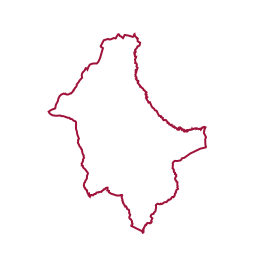 the district of Maswa, Simiyu, United Republic of Tanzania, rotated 27°
{"feature_id": "72390352B27931879401730", "entity_name": "Maswa", "entity_type": "district", "adm_level": 2, "iso_a3": "TZA", "parent_name": "United Republic of Tanzania", "parent_adm1": "Simiyu", "projection": "albers", "projection_center": [33.824, -3.202], "detail": "fine", "context": "isolated", "style": "outline", "palette": "rose", "viewbox_px": 256, "rotation_deg": 27, "n_neighbors": 0, "source": "geoboundaries", "source_scale": "gbopen_adm2", "svg_char_len": 5878}
<svg xmlns="http://www.w3.org/2000/svg" viewBox="0 0 256 256"><g transform="rotate(27 128 128)"><path d="M49.9,149.5L51.5,150.5L53.4,150.9L55.2,150.9L58.5,149.7L62.2,147.5L63.2,147.7L65.2,146.7L67.8,146.5L68.8,146.2L69.3,146.4L71.2,145.5L72.5,146.1L73.7,145.6L74.4,145.6L76.2,146.2L77.7,145.9L78.8,146.2L79.2,146.6L82.0,152.3L83.9,154.2L85.8,156.8L89.2,159.9L88.9,161.1L89.9,163.0L90.0,163.8L90.5,164.3L91.8,165.0L92.9,166.2L94.5,166.8L95.0,167.3L95.7,167.5L96.0,168.0L96.7,168.2L99.3,171.6L101.0,172.5L101.2,173.4L102.3,174.3L102.2,176.4L102.9,177.9L103.0,179.9L102.8,180.6L103.3,181.1L103.8,182.4L104.9,182.2L105.7,183.3L106.1,183.6L108.7,184.3L112.7,186.3L113.1,187.4L113.1,189.0L114.3,191.7L114.0,194.8L114.3,195.5L114.0,197.0L114.7,199.2L116.2,200.8L116.8,200.8L117.5,201.7L119.0,201.8L119.3,202.3L120.0,202.4L120.2,203.1L121.9,204.6L122.5,204.6L123.0,204.1L123.4,204.8L123.2,205.6L123.6,206.0L125.2,206.5L125.1,206.1L125.4,205.9L125.0,204.7L126.1,204.1L127.4,203.9L127.6,202.7L128.1,202.4L128.3,201.9L129.1,201.5L129.2,199.9L130.5,198.9L130.9,198.9L131.3,198.2L133.3,196.9L133.3,196.1L134.2,194.5L134.3,193.6L135.1,193.2L135.4,191.6L136.6,190.5L136.9,190.4L137.1,190.7L137.9,193.1L139.6,192.7L140.1,193.9L142.7,194.2L148.9,193.2L151.5,191.7L151.9,191.1L153.0,190.4L153.4,190.6L153.7,192.6L155.0,193.6L155.6,194.7L155.9,194.8L155.9,195.3L156.7,195.8L157.0,196.4L157.5,196.5L157.8,197.2L159.4,197.9L160.3,198.8L161.2,198.7L161.3,199.1L161.8,198.8L162.2,198.9L162.3,199.2L163.3,199.7L163.7,200.3L164.2,200.5L166.1,200.6L167.4,202.4L167.6,203.3L169.4,204.3L169.6,206.9L170.0,207.4L170.9,208.1L171.8,208.0L173.9,209.3L174.7,210.8L175.6,211.3L175.7,212.8L175.7,213.2L175.2,213.4L175.3,213.7L186.8,213.6L187.5,213.7L188.7,214.6L189.1,214.0L188.9,213.3L188.2,212.3L188.2,211.8L187.4,211.5L187.6,210.0L187.5,207.2L188.1,206.4L187.7,206.1L188.4,204.8L188.3,203.9L189.1,203.6L190.1,202.9L190.9,203.0L191.5,202.2L191.7,200.9L191.1,200.8L190.8,200.2L190.7,197.4L188.8,196.8L188.4,196.6L188.2,196.1L188.1,194.9L188.6,193.8L189.8,192.8L189.5,191.5L190.1,190.4L190.2,189.7L189.1,186.0L187.8,184.1L188.6,182.1L191.1,181.5L191.4,180.6L192.4,180.6L193.3,179.6L193.4,178.9L194.1,177.7L196.0,176.5L196.2,175.1L196.6,174.6L196.6,173.5L197.4,173.3L197.6,172.8L198.2,172.3L198.5,171.3L198.4,170.2L198.7,169.5L199.0,169.2L199.7,169.2L200.0,168.8L199.8,168.5L200.2,167.9L200.1,166.3L199.6,165.2L200.0,163.8L199.5,163.2L199.5,161.9L199.3,161.4L200.2,159.5L198.8,158.4L198.8,157.4L197.9,156.6L196.6,153.8L195.4,153.8L194.9,153.1L194.1,152.9L192.9,151.8L192.7,151.0L192.9,149.0L192.6,148.8L192.3,147.9L192.0,147.7L190.8,147.8L190.2,146.5L189.1,146.4L188.4,145.8L188.1,144.6L187.6,144.5L186.5,143.6L186.0,143.6L184.5,139.9L183.9,139.3L183.8,138.2L184.5,136.1L186.4,135.3L189.0,133.5L189.8,132.3L189.8,130.7L190.3,130.1L191.7,129.0L195.1,122.4L201.9,113.5L205.6,110.4L206.1,109.8L206.1,109.5L204.6,107.8L202.3,103.8L201.7,102.0L201.7,100.8L197.8,97.9L196.9,94.9L196.7,92.2L195.8,92.3L195.6,92.9L194.7,93.0L194.7,93.5L193.9,94.0L194.0,94.6L193.3,95.5L193.7,96.1L193.6,96.5L192.5,95.9L191.7,96.9L190.3,96.9L189.6,97.6L189.5,97.1L189.2,97.1L188.8,97.7L188.3,97.6L187.7,98.0L187.4,98.3L187.2,98.9L186.4,99.3L186.0,99.9L185.5,99.6L185.6,100.2L184.9,101.0L184.6,101.0L184.5,101.3L183.9,101.4L183.3,102.0L182.6,103.5L182.3,102.6L181.3,103.2L180.8,103.9L181.5,104.0L181.5,104.3L181.0,104.5L180.4,105.2L180.0,104.8L179.6,104.8L179.3,105.5L179.0,105.4L179.1,104.8L178.8,104.8L178.8,104.2L178.6,104.1L177.1,104.6L176.8,105.1L176.6,104.9L176.7,104.4L175.8,104.0L175.1,104.6L174.6,104.4L174.4,103.9L174.1,103.8L173.9,104.2L173.3,104.4L173.1,104.8L173.1,105.1L173.6,105.3L173.8,105.7L174.3,105.6L174.4,106.1L174.1,106.6L173.4,106.7L173.1,106.9L172.4,106.9L172.0,106.4L171.3,106.2L170.0,106.2L169.6,106.5L168.9,105.7L168.5,105.7L168.2,106.4L167.0,106.4L166.4,105.6L165.5,106.0L165.2,105.5L164.7,106.0L164.1,105.8L163.1,106.1L162.0,105.0L161.4,105.0L160.9,105.5L160.2,104.6L159.4,104.4L158.7,103.8L157.4,103.9L156.3,104.9L155.9,104.8L154.6,104.1L154.5,103.2L153.5,103.1L152.5,103.4L152.1,102.5L151.9,102.4L150.3,103.1L147.1,100.9L145.9,99.8L145.4,99.7L144.5,100.0L143.8,99.9L142.1,98.8L140.5,98.7L139.0,97.8L135.8,95.1L135.1,95.9L134.8,96.1L134.4,95.9L134.3,95.3L132.5,94.5L130.4,93.1L130.6,92.6L131.3,92.0L131.3,91.8L129.8,91.5L129.6,90.2L129.4,89.8L128.5,90.2L128.2,89.9L128.0,89.0L128.2,87.8L126.6,87.5L125.7,87.0L124.7,87.1L124.2,86.5L123.2,86.0L122.4,86.0L121.3,85.5L120.0,85.7L119.8,84.9L119.4,84.7L118.3,84.4L117.4,83.8L116.1,83.4L115.9,82.9L116.2,81.9L115.7,81.3L114.4,81.5L112.8,80.7L113.2,80.0L112.3,78.8L111.3,78.7L111.0,77.8L110.3,77.2L110.2,75.4L109.6,75.1L109.2,74.0L109.8,73.8L109.6,72.9L108.6,72.9L108.6,72.5L109.4,71.4L109.2,70.0L108.4,69.8L107.5,69.2L107.3,67.8L106.3,66.7L104.8,66.8L104.7,65.9L103.0,63.6L103.2,62.1L102.9,60.8L102.2,61.2L101.7,61.0L101.2,60.2L100.2,59.3L100.5,58.8L99.3,57.8L99.5,57.3L100.3,57.0L100.3,56.8L100.0,56.2L99.1,55.8L98.9,55.0L99.6,52.5L99.4,50.9L100.2,50.4L100.8,49.3L100.2,46.6L99.9,46.4L98.4,46.5L97.2,46.3L96.3,44.6L95.6,44.3L95.8,43.8L93.0,43.1L91.7,42.1L91.2,41.4L91.0,41.8L91.4,42.6L91.2,44.3L90.9,44.6L86.2,45.5L82.8,46.6L82.7,50.2L80.5,49.6L79.2,49.8L78.1,49.1L77.2,48.7L77.0,48.8L76.5,49.4L76.7,49.9L76.3,51.8L76.5,53.1L76.3,53.8L74.6,54.2L72.3,56.9L70.9,57.7L69.8,57.7L66.6,60.8L66.5,67.4L66.9,67.9L69.4,68.2L71.4,78.6L71.5,82.7L70.9,84.7L68.2,86.0L66.1,87.7L65.2,89.2L65.0,91.0L65.3,94.4L64.6,94.0L63.3,93.7L63.1,93.9L63.3,96.0L62.4,99.1L62.4,100.5L62.9,102.2L64.3,104.0L63.3,107.5L63.1,110.1L62.5,112.3L63.1,113.6L63.1,114.9L62.6,116.2L62.6,117.6L62.2,118.4L62.6,119.3L62.2,119.9L62.3,120.6L61.5,123.1L61.1,123.1L59.8,125.0L58.5,125.9L57.1,126.1L56.7,125.8L56.1,126.4L55.1,126.5L53.6,128.2L53.2,128.9L52.6,130.7L52.6,133.1L53.3,136.1L53.2,140.0L54.2,143.3L53.9,144.1L52.5,145.4L50.9,147.5L49.9,149.5Z" fill="none" stroke="#9f1239" stroke-width="2"/></g></svg>